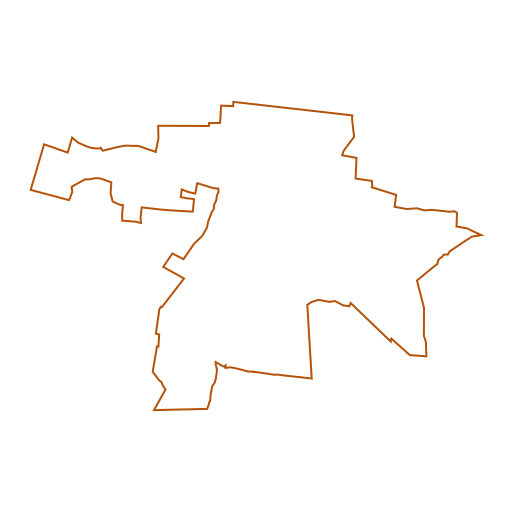 outline of Sanahcat, Yucatán, Mexico
{"feature_id": "50627088B45339829502466", "entity_name": "Sanahcat", "entity_type": "district", "adm_level": 2, "iso_a3": "MEX", "parent_name": "Mexico", "parent_adm1": "Yucatán", "projection": "robinson", "projection_center": [-89.213, 20.761], "detail": "fine", "context": "isolated", "style": "outline", "palette": "amber", "viewbox_px": 512, "rotation_deg": 0, "n_neighbors": 0, "source": "geoboundaries", "source_scale": "gbopen_adm2", "svg_char_len": 2439}
<svg xmlns="http://www.w3.org/2000/svg" viewBox="0 0 512 512"><path d="M481.3,235.1L476.4,232.8L468.9,229.3L467.6,228.5L463.4,227.8L463.3,227.7L463.2,227.7L456.5,226.5L457.0,212.8L454.6,211.3L448.9,211.8L445.1,211.2L442.3,211.0L431.9,209.8L424.3,210.4L417.0,208.3L406.6,209.0L394.6,206.8L396.2,194.9L382.4,190.6L371.9,187.3L372.3,185.1L371.9,180.9L355.6,178.6L356.5,157.9L342.2,155.3L343.8,150.6L354.1,136.8L352.1,119.6L352.1,119.2L352.1,118.8L352.3,115.4L233.4,101.9L233.1,106.1L221.1,105.6L220.1,122.9L209.0,123.1L208.8,126.0L167.5,125.8L158.2,125.8L158.4,138.7L155.7,151.9L138.2,145.9L132.2,145.9L128.7,145.7L124.5,145.7L115.6,147.5L102.7,150.7L100.7,147.8L99.8,148.4L96.5,148.5L90.7,147.7L86.8,146.5L78.2,142.7L72.1,137.6L67.7,152.6L44.1,144.3L30.7,189.9L68.9,200.1L70.1,197.8L72.3,191.8L71.6,186.8L85.0,179.4L89.4,179.3L95.6,178.1L100.6,178.5L111.3,182.3L110.6,193.5L112.7,201.5L116.0,203.0L120.7,205.1L123.0,205.1L122.2,213.4L122.2,220.7L127.9,221.0L132.3,221.5L134.8,221.5L141.0,223.0L140.5,217.9L141.7,207.4L163.2,209.8L171.7,210.4L178.3,210.8L192.7,211.6L193.3,206.9L194.0,199.2L190.4,198.6L187.9,198.5L180.7,197.1L181.8,189.4L188.0,191.9L195.2,193.6L197.3,183.2L213.5,188.2L218.3,188.6L218.5,192.6L217.3,194.3L216.6,197.3L216.6,198.6L215.8,201.4L213.8,205.6L214.0,208.5L211.8,212.1L208.2,221.4L207.0,227.5L202.2,236.0L194.2,243.6L183.5,259.2L172.4,253.5L163.2,266.9L184.0,278.5L161.8,307.2L160.9,306.8L159.4,309.1L155.9,333.5L159.2,334.5L158.4,346.6L157.0,346.4L152.7,371.8L159.4,380.6L161.5,382.0L162.8,385.5L165.5,389.5L154.0,410.1L207.2,408.9L208.9,404.1L209.5,401.6L210.2,401.1L210.5,396.2L211.0,392.1L212.4,385.9L214.8,382.4L215.2,380.4L215.8,379.1L216.0,377.2L216.9,371.4L216.7,368.4L215.7,364.6L215.7,362.1L221.3,365.4L224.0,366.6L225.6,365.4L225.4,367.8L225.9,367.8L226.1,367.8L226.3,367.8L230.5,367.3L231.8,367.5L236.6,368.5L239.9,369.3L244.8,370.6L248.2,371.6L253.0,371.6L253.0,371.9L255.4,372.0L257.0,372.2L270.2,374.1L273.5,374.7L277.4,374.6L283.5,375.4L311.7,378.5L307.3,304.8L312.0,301.8L318.5,299.9L320.6,300.2L329.2,301.9L332.0,301.4L335.1,301.1L343.3,305.4L349.3,306.3L350.6,303.0L364.9,316.7L390.7,341.5L390.8,339.5L391.3,338.6L409.8,355.1L426.4,356.3L425.9,342.2L423.9,335.8L424.0,307.9L417.0,280.5L430.5,269.3L437.4,263.9L438.3,260.0L440.5,257.9L442.2,256.8L443.7,254.6L447.7,254.6L449.6,251.4L467.2,239.6L467.3,239.6L468.0,239.2L471.9,236.6L481.3,235.1Z" fill="none" stroke="#b45309" stroke-width="2"/></svg>